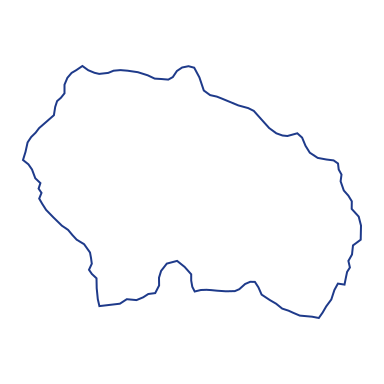 the district of Barbosa, São Paulo, Brazil
{"feature_id": "56859067B46640188812314", "entity_name": "Barbosa", "entity_type": "district", "adm_level": 2, "iso_a3": "BRA", "parent_name": "Brazil", "parent_adm1": "São Paulo", "projection": "natural_earth1", "projection_center": [-49.922, -21.291], "detail": "fine", "context": "isolated", "style": "outline", "palette": "blue", "viewbox_px": 384, "rotation_deg": 0, "n_neighbors": 0, "source": "geoboundaries", "source_scale": "gbopen_adm2", "svg_char_len": 1699}
<svg xmlns="http://www.w3.org/2000/svg" viewBox="0 0 384 384"><path d="M318.8,318.0L322.6,312.6L326.2,306.4L331.3,299.5L334.4,290.0L337.9,283.6L344.5,284.6L345.9,277.6L347.1,271.9L349.9,267.5L348.4,260.9L352.0,254.5L353.0,245.4L360.7,239.7L361.0,225.6L358.7,216.6L351.7,208.9L351.8,201.3L348.4,195.7L343.8,190.5L340.6,181.3L341.5,174.6L338.7,169.5L338.0,163.5L333.6,160.4L326.4,159.5L317.7,157.9L309.8,152.7L305.5,145.8L302.1,137.6L297.3,133.3L287.4,136.0L282.5,135.5L276.3,133.3L269.2,128.1L261.3,119.3L253.8,110.9L248.2,108.1L238.3,105.4L221.4,98.4L216.8,96.6L210.1,95.1L203.8,90.5L199.4,77.4L194.2,67.7L188.5,66.2L182.1,67.5L176.9,71.0L172.8,77.1L168.3,79.6L161.1,79.0L154.7,78.6L147.7,75.3L137.9,72.2L127.6,70.7L120.4,70.1L113.6,70.7L108.2,72.9L99.2,73.9L94.5,72.8L88.2,70.2L82.4,66.0L76.2,70.2L71.6,72.9L67.4,77.8L64.5,84.7L64.5,93.3L60.9,97.8L57.1,101.1L55.2,106.9L53.9,115.2L39.1,128.1L35.6,132.7L31.2,137.0L27.6,142.4L25.5,151.9L23.0,160.0L28.4,164.3L32.0,169.5L35.3,178.3L40.4,183.1L38.6,188.6L41.5,192.9L39.2,198.6L42.2,203.8L46.1,209.9L53.4,217.4L61.9,225.7L68.1,229.9L72.6,235.3L76.7,239.7L84.1,244.2L90.0,252.5L91.0,257.9L91.8,263.7L89.0,269.8L91.9,274.0L96.5,278.3L96.7,288.2L97.8,299.2L99.4,306.1L119.9,303.7L126.8,299.2L136.5,300.1L143.2,297.3L148.3,294.0L155.2,293.1L159.1,285.5L159.0,277.7L161.1,270.9L166.8,263.6L177.1,260.9L184.6,266.9L191.2,274.3L191.2,280.6L192.3,286.8L194.7,291.5L200.9,290.0L206.5,289.8L211.2,290.1L217.1,290.7L226.0,291.3L234.9,291.1L239.3,289.2L245.1,284.0L250.2,281.8L254.9,281.9L258.4,287.3L261.6,294.6L269.9,300.1L276.1,303.7L282.2,308.6L288.6,310.7L293.2,312.8L299.8,315.6L312.1,316.7L318.8,318.0Z" fill="none" stroke="#1e3a8a" stroke-width="2"/></svg>